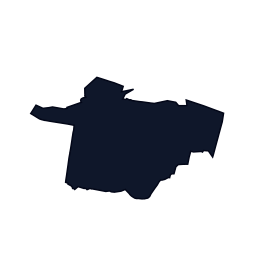 the district of Castaños, Coahuila, Mexico, rotated 140°
{"feature_id": "50627088B99449096184817", "entity_name": "Castaños", "entity_type": "district", "adm_level": 2, "iso_a3": "MEX", "parent_name": "Mexico", "parent_adm1": "Coahuila", "projection": "orthographic", "projection_center": [-101.298, 26.539], "detail": "fine", "context": "isolated", "style": "filled", "palette": "ink", "viewbox_px": 256, "rotation_deg": 140, "n_neighbors": 0, "source": "geoboundaries", "source_scale": "gbopen_adm2", "svg_char_len": 2391}
<svg xmlns="http://www.w3.org/2000/svg" viewBox="0 0 256 256"><g transform="rotate(140 128 128)"><path d="M62.5,64.8L51.8,72.2L45.3,77.9L51.9,89.5L55.7,96.2L65.4,112.0L67.8,108.2L68.5,107.4L69.3,107.9L74.9,112.6L74.9,117.0L78.1,120.9L80.3,123.6L92.1,129.9L93.1,131.0L94.2,132.1L99.7,138.2L102.4,141.0L107.3,146.5L107.7,147.8L108.4,148.4L108.9,148.5L109.0,148.9L110.1,151.3L110.8,151.2L111.3,151.3L113.5,153.6L109.5,155.3L108.4,155.8L98.8,154.1L105.4,157.6L109.6,160.0L104.9,163.0L109.5,171.4L112.3,175.7L113.4,177.5L115.4,180.7L116.4,182.3L117.1,183.4L119.3,186.8L124.8,186.6L135.6,186.2L138.9,182.1L139.9,180.7L140.1,180.7L140.4,180.2L140.5,180.0L140.6,179.8L140.6,179.7L140.6,179.3L140.5,179.2L140.4,179.2L140.4,178.9L140.4,178.7L141.1,178.9L142.4,179.6L143.6,180.1L145.1,180.3L146.3,179.8L147.0,178.6L147.2,177.6L161.5,183.0L161.9,182.0L164.9,183.8L172.3,192.6L175.5,194.4L180.5,197.7L183.8,204.6L186.6,203.7L193.2,201.6L189.9,191.8L188.8,190.0L188.0,188.9L187.5,188.2L187.4,188.1L187.3,187.9L187.1,187.7L186.9,187.5L186.9,187.4L186.7,187.3L186.1,186.5L185.9,186.3L185.7,186.1L183.8,183.8L181.2,180.8L171.7,169.9L167.5,164.7L170.8,161.4L173.0,159.8L174.8,158.2L176.9,156.4L179.1,154.4L183.2,150.8L185.5,148.8L186.0,148.4L186.8,147.7L187.8,146.9L188.2,146.6L188.5,146.3L189.1,145.7L189.9,145.1L192.3,143.1L198.8,137.2L205.8,130.9L209.0,128.1L210.7,126.5L209.7,124.7L209.6,123.7L210.0,123.5L209.6,122.6L209.4,121.8L208.9,121.3L208.8,120.2L208.6,119.1L208.6,118.6L209.1,117.9L209.2,117.1L208.3,116.2L208.3,115.2L207.5,115.2L203.9,115.2L200.5,109.9L200.0,109.9L199.7,109.3L199.0,108.5L199.0,107.2L198.3,106.8L197.6,106.8L197.2,106.5L196.6,106.7L194.9,104.8L194.9,104.6L194.6,104.5L185.7,93.6L184.8,93.1L184.1,92.6L183.3,92.1L183.1,91.9L182.5,91.5L182.2,90.9L182.1,90.4L181.5,89.5L179.6,87.6L173.9,84.1L169.6,82.7L169.2,77.0L169.3,75.8L169.1,74.1L169.1,73.8L168.4,71.4L167.8,69.8L166.6,68.3L165.5,67.5L163.0,64.9L160.9,63.2L160.3,62.9L158.0,61.7L157.9,61.6L155.5,61.6L152.5,62.9L151.7,63.1L145.9,64.7L142.2,65.6L139.0,66.8L137.2,67.1L136.5,67.2L135.5,66.3L132.8,65.0L129.1,64.2L128.0,63.2L127.8,63.4L125.8,64.8L125.7,64.8L124.1,64.9L122.2,63.4L116.3,67.5L113.0,67.7L112.9,67.6L109.2,64.9L105.5,61.9L99.9,66.4L94.9,69.9L93.2,67.6L86.9,62.9L86.4,61.7L84.6,62.2L81.1,58.8L81.8,51.4L80.4,52.3L78.1,53.9L71.1,58.8L66.2,62.2L62.5,64.8Z" fill="#0f172a" stroke="#020617" stroke-width="1.5"/></g></svg>